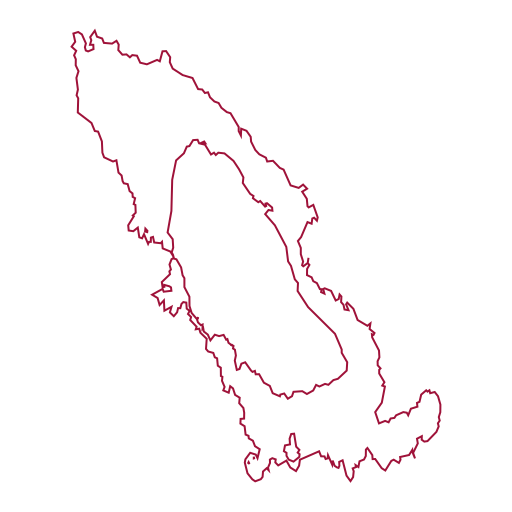 the district of Danau Toba, Sumatera Utara, Indonesia
{"feature_id": "22746128B58041142516585", "entity_name": "Danau Toba", "entity_type": "district", "adm_level": 2, "iso_a3": "IDN", "parent_name": "Indonesia", "parent_adm1": "Sumatera Utara", "projection": "equal_earth", "projection_center": [98.807, 2.61], "detail": "fine", "context": "isolated", "style": "outline", "palette": "rose", "viewbox_px": 512, "rotation_deg": 0, "n_neighbors": 0, "source": "geoboundaries", "source_scale": "gbopen_adm2", "svg_char_len": 6028}
<svg xmlns="http://www.w3.org/2000/svg" viewBox="0 0 512 512"><path d="M104.1,157.3L113.0,161.5L116.4,160.3L118.5,172.6L121.6,175.5L122.6,181.1L123.8,183.3L127.7,184.1L129.6,191.1L132.5,193.4L132.7,196.9L135.1,198.2L133.7,204.1L135.4,204.9L135.7,212.7L132.8,215.5L133.8,216.3L128.2,225.3L128.7,230.5L133.3,231.2L137.8,227.6L139.3,237.3L142.1,238.3L144.0,234.2L148.1,243.9L149.0,241.9L150.8,241.9L150.9,237.6L153.0,236.9L154.2,242.5L160.7,243.2L162.0,241.8L162.7,248.4L170.3,251.5L173.2,256.1L173.6,258.3L171.6,259.1L169.5,264.5L170.9,269.5L169.4,271.3L170.0,274.2L161.8,282.1L162.6,287.3L164.4,286.8L164.3,284.9L169.4,286.3L171.0,287.4L171.4,290.8L163.7,291.7L162.6,288.9L152.1,294.7L157.6,298.0L159.6,305.0L163.9,300.4L164.4,310.7L171.5,306.8L169.9,312.4L173.8,316.2L177.1,312.3L178.1,308.1L180.3,308.2L181.5,303.9L183.3,302.1L186.3,302.6L186.7,308.6L189.6,310.9L188.0,314.0L191.1,317.0L190.2,320.0L196.6,326.7L195.8,329.3L199.2,328.7L200.4,332.7L206.7,338.8L206.0,348.9L208.2,351.5L213.3,352.9L214.8,357.3L217.1,358.3L217.8,365.7L220.8,367.7L220.9,376.0L222.4,376.8L222.0,380.8L224.6,386.9L223.3,390.4L228.7,392.7L230.2,386.2L233.0,388.4L235.1,394.9L239.7,397.7L239.2,403.2L243.4,408.0L244.2,412.8L244.1,418.6L240.6,418.9L240.4,423.6L244.6,426.2L245.6,434.6L248.5,435.8L248.8,438.4L252.9,440.7L255.0,446.2L259.7,449.2L257.5,458.2L255.8,454.6L250.2,452.8L245.4,459.3L244.8,462.6L247.5,473.3L252.3,479.3L255.2,481.3L260.8,479.2L262.6,476.9L263.0,471.5L266.7,468.2L268.6,470.2L268.0,467.6L270.0,463.0L269.9,459.6L272.3,458.2L275.7,459.4L275.3,462.4L278.2,465.4L286.4,460.6L290.3,467.5L296.0,471.1L299.1,465.7L299.9,459.7L319.1,451.3L321.1,456.3L324.5,456.4L325.6,459.0L327.6,458.4L328.0,455.2L332.2,464.7L332.7,460.6L334.6,465.8L337.0,467.4L338.5,467.9L339.4,465.8L339.2,461.9L342.6,460.3L346.5,475.6L350.5,481.1L353.1,477.1L353.7,471.2L352.7,468.4L356.0,467.1L355.6,465.1L358.4,467.0L359.5,461.3L364.0,459.5L365.8,456.0L365.9,449.6L367.4,448.0L372.3,455.1L372.6,459.1L375.2,459.0L381.7,468.2L385.3,470.5L391.3,460.9L393.7,459.7L398.9,462.9L400.5,459.7L400.1,457.0L409.1,455.0L412.2,450.0L412.3,451.7L415.0,458.4L413.1,452.9L417.8,443.4L417.0,438.7L421.8,436.2L421.7,439.7L424.3,441.6L427.5,441.1L436.4,431.9L438.7,426.4L437.9,423.3L439.7,420.6L438.8,417.1L440.3,412.2L440.4,404.6L438.0,396.2L434.7,392.0L430.2,393.2L429.4,390.3L427.5,391.6L426.2,390.3L421.2,394.6L419.5,401.8L417.0,402.9L417.4,406.7L410.9,408.7L408.2,415.3L406.8,412.7L403.3,412.1L396.1,415.3L394.4,417.9L390.6,418.5L388.6,422.3L385.1,420.9L379.0,423.4L375.2,412.1L381.8,402.7L384.9,386.5L382.3,385.6L384.4,382.2L379.2,373.5L379.2,369.8L380.5,368.4L377.7,365.3L377.6,361.2L379.4,357.4L379.0,350.5L372.2,337.4L371.9,334.2L373.5,334.9L374.5,333.0L369.6,329.0L370.4,323.4L367.4,325.8L357.6,320.0L353.4,308.8L347.2,302.6L346.1,304.3L348.5,310.2L344.5,309.5L343.5,304.8L341.1,302.1L341.4,296.5L339.6,294.5L338.7,299.0L335.7,300.5L331.1,290.9L324.7,288.3L323.2,289.0L324.4,293.6L321.1,292.1L321.6,289.2L319.9,289.1L316.9,283.1L313.3,281.2L311.6,277.3L307.0,275.1L307.1,268.9L309.4,264.9L307.7,263.1L308.5,257.8L307.7,263.0L303.3,266.3L302.1,265.2L303.1,261.5L300.8,254.2L300.8,247.9L297.9,241.0L301.1,237.1L307.5,222.1L311.6,223.7L312.3,218.5L314.1,217.7L316.9,220.7L317.7,217.4L313.3,204.9L308.7,207.4L307.5,206.2L306.8,198.8L302.2,191.7L307.1,188.7L303.1,184.6L298.7,187.9L290.6,185.4L283.6,169.6L279.8,167.9L273.0,160.8L267.2,161.5L265.9,157.7L259.3,154.3L255.3,150.0L251.1,141.6L250.7,136.8L246.5,130.8L241.2,128.7L240.9,135.5L238.7,131.1L238.7,127.0L230.5,113.2L226.8,112.1L221.4,107.8L218.6,103.0L214.4,101.5L210.0,97.3L208.0,92.3L204.9,93.0L202.2,89.5L198.1,89.1L192.5,78.0L182.7,75.1L172.7,68.6L169.8,62.2L170.2,57.2L166.1,51.1L162.5,51.3L159.8,61.3L157.1,59.9L146.9,64.3L140.2,62.7L137.0,55.7L132.3,55.1L129.9,57.3L126.5,54.4L122.4,54.7L118.3,50.1L118.7,44.6L116.5,40.8L112.1,43.6L103.9,42.9L102.2,38.5L97.0,36.7L94.8,30.7L90.2,37.1L91.3,40.2L90.0,44.8L93.3,44.8L93.5,49.1L88.1,51.4L85.8,50.5L84.9,47.2L85.9,43.4L81.9,34.4L78.2,32.0L73.4,33.5L75.2,41.8L71.6,46.7L76.2,50.8L74.1,55.3L75.8,59.2L75.7,65.3L78.5,71.2L76.4,77.9L77.9,89.6L76.6,95.3L78.2,98.3L77.8,112.5L91.5,123.0L94.8,131.0L98.1,131.6L101.9,141.4L102.4,152.7L104.1,157.3ZM167.6,232.5L171.4,211.0L172.2,179.8L176.1,160.4L183.9,153.3L186.8,146.6L189.4,146.1L193.1,140.1L197.6,139.8L199.1,143.3L205.0,144.7L211.0,154.5L214.0,152.7L215.8,155.0L218.3,152.7L224.5,153.4L233.5,160.9L239.0,169.2L243.4,177.4L242.8,183.0L250.2,193.9L253.5,196.0L252.9,198.2L258.3,202.2L260.2,201.0L265.1,206.6L266.2,206.0L265.5,203.6L267.0,203.2L272.1,207.5L272.4,210.7L268.5,210.0L265.2,214.1L274.9,225.3L286.3,246.9L288.1,261.4L291.0,265.9L294.8,279.3L298.0,283.0L297.6,291.0L308.1,307.1L335.0,333.8L341.7,349.5L341.7,352.8L347.2,362.2L346.7,370.6L337.9,378.8L333.4,380.1L328.4,384.8L325.0,383.9L319.4,386.5L316.1,384.9L313.2,390.5L306.9,394.0L302.3,391.2L293.5,391.8L292.0,396.2L287.8,398.7L284.2,393.5L280.3,394.6L279.9,396.3L272.7,393.2L269.8,385.9L263.9,382.7L259.1,374.2L255.7,374.3L254.9,370.9L252.5,371.9L251.0,370.5L245.2,362.3L241.4,363.7L239.5,369.0L236.8,369.9L234.8,360.6L235.9,355.5L234.9,349.7L233.0,348.5L233.5,346.0L231.8,345.3L232.3,344.9L232.6,344.2L231.8,345.3L228.5,342.8L227.4,339.1L226.2,339.7L223.6,334.9L219.1,336.1L214.8,334.7L210.4,340.4L207.8,334.6L203.8,331.5L203.2,328.1L202.5,328.9L202.6,324.5L200.9,325.2L198.0,322.4L196.9,319.1L197.9,318.5L198.1,317.2L196.9,319.1L191.6,312.9L189.5,306.0L189.4,296.7L184.4,287.1L184.4,278.2L182.6,275.3L181.1,267.4L176.4,259.3L174.0,258.6L173.0,254.8L171.7,252.4L173.2,247.7L172.7,239.2L167.6,232.5ZM289.6,438.7L291.2,434.0L294.1,433.7L296.2,446.7L299.4,449.9L297.7,452.6L299.6,454.2L299.3,456.9L293.5,461.6L288.7,459.6L286.5,455.8L286.5,452.8L283.9,451.2L285.0,445.4L290.0,444.4L289.6,438.7ZM145.4,228.6L147.4,230.8L147.2,232.1L145.1,231.5L145.4,228.6ZM249.5,463.9L248.2,462.9L248.6,462.1L249.5,463.9ZM202.7,142.2L204.2,141.5L205.1,142.9L202.7,142.2ZM253.8,456.7L254.1,458.3L253.8,458.4L253.8,456.7Z" fill="none" stroke="#9f1239" stroke-width="2"/></svg>